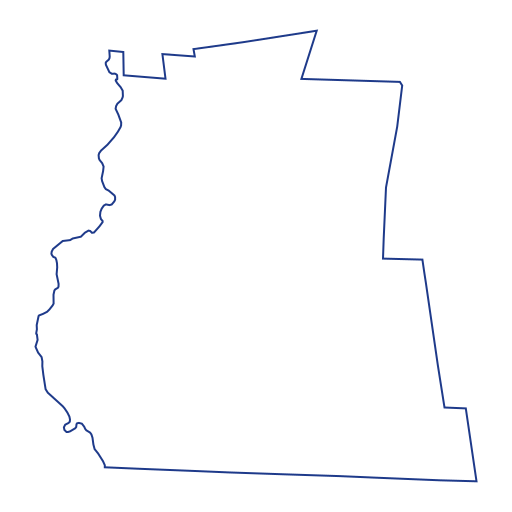 outline of Cheshire, New Hampshire, United States of America
{"feature_id": "52423323B8710872997835", "entity_name": "Cheshire", "entity_type": "district", "adm_level": 2, "iso_a3": "USA", "parent_name": "United States of America", "parent_adm1": "New Hampshire", "projection": "mercator", "projection_center": [-72.424, 42.947], "detail": "fine", "context": "isolated", "style": "outline", "palette": "blue", "viewbox_px": 512, "rotation_deg": 0, "n_neighbors": 0, "source": "geoboundaries", "source_scale": "gbopen_adm2", "svg_char_len": 2124}
<svg xmlns="http://www.w3.org/2000/svg" viewBox="0 0 512 512"><path d="M228.0,472.4L283.8,474.3L339.3,476.1L348.7,476.5L369.6,477.4L371.5,477.5L439.8,480.3L476.5,481.3L465.8,408.4L444.5,407.5L437.8,365.0L425.9,283.0L424.3,272.6L422.4,259.6L383.0,258.6L383.7,238.5L385.4,200.8L386.0,187.5L397.2,126.7L402.2,85.5L399.9,81.9L301.4,78.9L316.7,30.7L242.4,42.3L193.5,49.1L194.8,56.5L162.4,54.1L165.5,78.7L123.7,75.3L123.3,52.0L109.3,50.6L109.7,56.5L109.5,58.1L108.8,59.6L106.2,61.9L105.7,62.9L105.9,64.8L109.4,72.2L111.9,73.8L114.8,73.6L116.4,74.4L117.1,75.2L117.3,78.6L117.2,79.3L115.9,79.6L115.7,80.6L117.1,83.0L119.2,85.5L120.6,87.1L122.7,90.7L122.9,96.1L122.6,97.4L121.4,100.1L117.4,103.7L116.1,106.1L115.6,108.8L118.3,114.5L121.2,122.5L121.1,125.4L120.5,127.2L117.9,131.7L114.1,137.1L107.5,144.7L101.1,150.5L99.2,153.1L98.6,155.1L98.9,158.4L99.6,160.0L102.2,163.2L103.6,166.6L103.1,171.1L101.6,178.3L102.1,181.1L104.4,187.1L105.8,189.1L108.7,190.6L114.5,195.5L115.1,197.1L115.1,199.7L114.3,201.4L111.7,204.5L109.5,205.1L105.9,204.4L103.8,205.6L101.7,208.6L100.4,211.8L100.0,215.7L100.9,219.0L102.6,221.0L102.6,222.1L99.5,226.3L94.0,232.5L92.0,232.8L90.2,231.0L88.5,230.6L84.9,232.7L80.9,236.7L72.7,238.5L70.1,240.1L62.7,241.0L53.1,248.9L51.7,251.6L51.4,253.8L51.9,255.0L53.4,257.0L54.8,257.4L55.6,258.1L56.4,260.2L57.0,263.3L57.2,267.4L56.6,274.2L58.6,283.9L58.5,286.7L57.9,287.8L55.2,289.4L54.4,290.5L53.5,294.7L53.6,303.6L52.7,305.3L49.5,309.4L47.1,311.8L43.0,313.9L39.1,315.4L38.6,316.0L36.7,325.1L36.9,329.3L36.2,333.3L36.3,333.9L36.9,334.4L37.6,339.9L35.5,346.6L35.9,347.7L38.1,352.6L41.6,357.1L42.4,361.4L42.3,366.2L43.3,374.4L43.3,374.5L45.6,389.2L47.8,392.7L62.8,406.3L64.5,408.3L67.4,412.6L69.4,416.6L70.0,419.5L69.8,421.7L68.5,423.0L65.2,424.7L63.9,427.3L64.4,429.9L66.5,432.0L68.0,432.0L70.0,431.4L75.2,428.3L76.2,427.0L76.5,424.2L77.1,423.3L78.9,422.9L81.9,423.7L84.2,426.7L85.2,428.9L86.3,430.3L90.1,432.6L91.4,434.4L92.5,437.8L93.4,444.5L94.6,449.1L98.2,453.6L103.0,461.2L104.8,465.2L104.8,467.3L109.9,467.5L137.4,468.7L197.6,471.1L225.9,472.3L228.0,472.4Z" fill="none" stroke="#1e3a8a" stroke-width="2"/></svg>